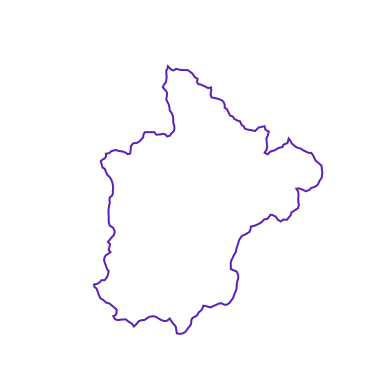 outline of Monte Santo de Minas, Minas Gerais, Brazil, rotated 155°
{"feature_id": "56859067B96658900686758", "entity_name": "Monte Santo de Minas", "entity_type": "district", "adm_level": 2, "iso_a3": "BRA", "parent_name": "Brazil", "parent_adm1": "Minas Gerais", "projection": "albers", "projection_center": [-46.948, -21.205], "detail": "fine", "context": "isolated", "style": "outline", "palette": "violet", "viewbox_px": 384, "rotation_deg": 155, "n_neighbors": 0, "source": "geoboundaries", "source_scale": "gbopen_adm2", "svg_char_len": 3674}
<svg xmlns="http://www.w3.org/2000/svg" viewBox="0 0 384 384"><g transform="rotate(155 192 192)"><path d="M247.8,263.1L250.7,262.2L253.9,263.1L254.8,260.6L256.8,259.3L259.3,259.2L261.7,258.5L262.3,254.9L262.7,251.9L261.2,249.8L261.5,246.9L261.5,243.3L260.4,240.5L259.9,237.6L260.3,233.6L261.2,230.5L262.2,228.2L263.4,226.3L264.4,223.9L266.3,222.3L268.6,222.0L270.1,219.9L270.9,217.2L272.8,214.8L274.7,211.9L276.4,208.7L277.8,205.1L279.1,202.3L280.4,199.3L280.7,196.0L278.6,192.9L278.6,189.2L279.9,187.1L281.7,185.6L283.9,184.9L286.3,183.7L289.3,182.3L288.3,179.5L289.9,177.2L292.0,174.9L291.3,172.0L294.4,171.4L296.8,171.0L298.9,169.7L300.4,167.7L301.0,164.6L301.2,161.1L301.6,158.0L300.9,155.5L302.8,153.0L304.8,150.9L308.4,149.0L311.3,150.3L313.5,149.3L316.3,148.8L320.0,149.5L320.5,147.1L319.3,144.8L319.5,142.2L320.0,138.0L319.9,134.3L318.0,131.6L316.5,127.9L313.9,125.8L312.8,123.4L311.5,120.7L310.0,117.3L311.4,114.3L313.2,112.8L315.8,112.8L315.5,109.1L313.3,107.2L309.6,106.1L305.9,104.6L304.3,101.4L302.1,98.1L301.5,94.7L298.4,95.7L294.9,97.4L292.1,97.2L289.2,96.1L286.1,96.6L283.1,96.9L279.8,95.9L277.3,94.0L275.7,91.4L273.8,88.7L271.5,86.6L268.7,85.9L265.7,86.8L265.3,83.7L264.6,80.7L263.6,76.9L264.6,73.4L265.5,70.3L262.7,68.4L260.5,67.9L257.4,67.9L254.6,69.4L252.1,70.8L249.8,71.8L247.9,73.9L246.5,76.5L244.4,77.7L241.5,77.8L239.1,78.2L237.0,80.0L233.5,80.9L231.5,82.3L229.7,84.2L227.1,82.3L224.0,79.6L220.4,79.6L218.0,79.5L215.6,79.6L212.7,79.0L210.2,76.1L207.8,75.1L204.8,75.7L201.9,77.3L199.5,78.6L197.5,80.8L195.1,82.9L192.6,85.4L191.1,88.2L189.1,91.4L186.6,94.2L185.2,97.2L185.1,101.0L187.7,103.8L189.5,105.8L188.3,108.0L187.0,111.2L184.8,113.8L182.7,115.3L180.9,117.0L177.7,119.0L175.7,121.8L174.1,123.6L172.3,125.4L169.9,128.3L166.7,130.5L164.6,131.1L162.4,131.1L159.8,131.2L156.6,131.6L154.6,133.7L153.1,135.9L150.2,135.0L145.8,134.9L141.8,135.2L138.2,136.7L135.1,135.8L132.6,137.0L130.4,138.2L128.4,136.8L126.5,134.1L125.9,130.5L124.0,127.8L120.8,128.4L117.7,126.7L114.8,128.1L112.5,129.2L110.6,131.4L106.7,131.9L102.7,132.6L100.6,135.1L99.9,137.9L98.6,141.0L96.7,144.3L95.6,147.4L96.0,150.9L93.6,150.1L91.0,147.6L88.3,144.4L84.4,144.4L82.3,145.3L79.8,144.9L76.7,144.9L74.4,145.9L71.6,148.3L68.6,149.9L67.2,152.1L65.9,154.0L64.8,157.3L63.5,161.1L66.7,168.2L66.8,174.2L67.4,177.0L69.9,178.3L73.5,182.7L75.1,185.4L77.0,186.9L78.7,188.8L81.0,193.6L81.2,197.3L81.8,199.6L84.8,196.0L89.1,196.3L90.9,194.5L94.8,195.4L99.4,194.8L103.6,195.6L107.5,194.2L109.6,196.9L106.9,198.6L104.8,201.0L101.9,209.3L99.6,211.0L96.9,214.3L99.1,217.5L98.5,221.0L104.4,222.3L109.0,220.6L110.9,222.1L115.0,224.9L117.3,226.9L117.3,229.5L118.7,232.0L118.6,235.8L120.3,237.2L122.8,240.4L123.1,243.2L125.2,245.2L125.3,252.2L126.8,254.7L125.6,256.9L125.3,260.5L126.6,262.9L128.9,265.4L134.3,269.5L133.9,272.8L131.7,275.8L130.5,278.7L133.4,279.3L135.1,281.5L136.8,283.5L138.3,285.4L140.7,287.1L141.0,289.6L139.1,292.3L140.8,294.7L141.7,299.5L143.2,302.3L144.5,304.4L147.6,305.8L151.3,307.8L154.3,310.3L157.5,310.0L159.1,311.7L160.7,316.1L162.1,314.2L164.0,313.0L165.1,310.4L166.2,307.2L167.8,304.7L169.1,302.6L171.6,301.4L174.2,299.4L173.6,296.9L172.7,294.5L172.8,292.1L174.4,289.4L176.3,286.6L176.1,281.3L176.8,277.7L177.7,275.5L177.1,272.6L177.1,269.6L178.2,265.9L179.6,263.0L180.2,259.2L181.2,256.7L183.0,254.7L185.3,254.1L188.2,252.4L191.2,252.9L191.7,255.4L193.6,257.0L196.4,257.6L200.1,259.0L201.0,262.3L204.6,263.9L207.3,265.2L209.7,266.1L211.7,264.5L213.1,262.2L215.6,261.2L218.0,260.1L221.3,259.8L224.7,261.0L227.9,259.4L229.7,256.2L231.9,252.9L234.3,253.4L235.5,255.7L237.4,257.8L240.7,259.9L243.7,262.5L247.8,263.1Z" fill="none" stroke="#5b21b6" stroke-width="2"/></g></svg>